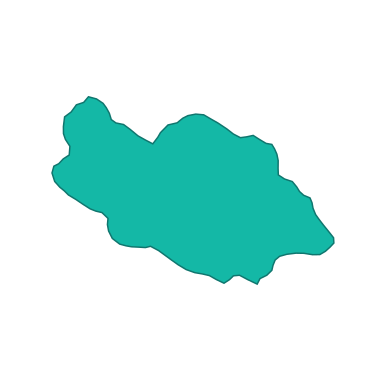 Piedade de Caratinga, Minas Gerais, Brazil (Natural Earth projection), rotated 121°
{"feature_id": "56859067B22598928706692", "entity_name": "Piedade de Caratinga", "entity_type": "district", "adm_level": 2, "iso_a3": "BRA", "parent_name": "Brazil", "parent_adm1": "Minas Gerais", "projection": "natural_earth1", "projection_center": [-42.045, -19.762], "detail": "fine", "context": "isolated", "style": "filled", "palette": "teal", "viewbox_px": 384, "rotation_deg": 121, "n_neighbors": 0, "source": "geoboundaries", "source_scale": "gbopen_adm2", "svg_char_len": 1466}
<svg xmlns="http://www.w3.org/2000/svg" viewBox="0 0 384 384"><g transform="rotate(121 192 192)"><path d="M254.7,134.1L254.5,126.1L253.7,117.6L247.8,114.7L242.5,113.3L238.9,108.4L238.4,99.1L237.4,88.7L231.2,89.1L224.8,85.0L218.0,83.2L213.1,84.8L207.5,85.7L202.0,83.8L196.5,78.6L190.8,71.3L186.9,64.5L183.6,56.3L179.8,50.2L174.1,47.1L168.2,45.3L162.7,44.1L158.3,47.1L155.4,54.8L152.6,62.5L150.2,68.6L147.7,74.4L143.6,79.9L139.4,83.6L136.3,87.8L137.3,94.6L136.2,100.1L133.7,104.9L131.4,111.4L133.2,119.4L132.9,126.8L127.4,130.4L120.7,134.3L115.9,138.7L112.5,143.5L110.1,148.1L112.2,153.6L112.2,161.4L112.0,168.7L116.6,173.6L120.5,178.5L121.0,186.4L120.0,194.7L119.5,205.2L119.7,213.1L119.8,221.7L123.3,228.9L128.6,234.8L133.5,237.9L140.4,240.4L146.9,247.1L157.3,249.6L162.7,249.5L170.9,250.4L171.4,258.0L171.7,267.2L170.2,277.1L169.4,285.4L172.0,292.8L171.5,298.5L167.1,303.4L163.9,308.9L161.8,313.9L161.4,321.8L163.7,329.8L171.0,331.0L176.8,336.0L185.7,336.8L193.2,339.9L202.2,335.9L208.2,332.2L212.1,327.6L215.7,320.2L223.5,316.3L229.9,319.4L236.4,320.8L241.0,323.7L247.8,321.8L253.7,315.1L256.0,307.7L256.8,302.0L258.2,296.4L258.2,288.1L258.7,278.3L258.9,270.6L257.9,264.5L256.0,258.6L257.9,250.4L263.5,247.7L268.4,243.4L272.9,236.3L273.9,227.1L272.1,220.8L270.1,215.6L266.6,209.1L263.6,203.3L259.9,199.6L259.4,190.5L260.2,181.8L260.9,174.2L261.5,166.5L261.5,157.1L259.7,148.1L256.9,140.9L254.7,134.1Z" fill="#14b8a6" stroke="#0f766e" stroke-width="1.5"/></g></svg>